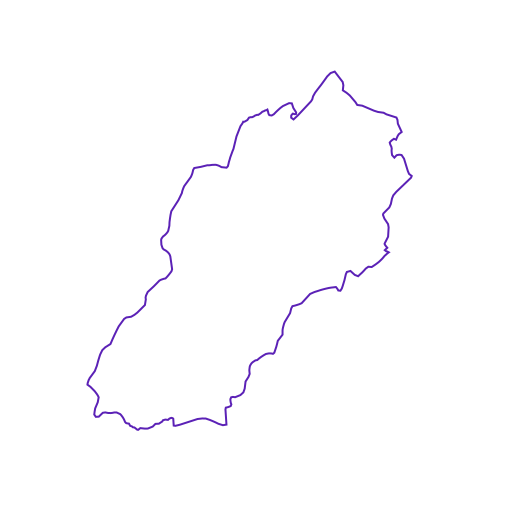 Dognecea, Caras-Severin, Romania, rotated 195°
{"feature_id": "2599482B59152503777278", "entity_name": "Dognecea", "entity_type": "district", "adm_level": 2, "iso_a3": "ROU", "parent_name": "Romania", "parent_adm1": "Caras-Severin", "projection": "albers", "projection_center": [21.734, 45.264], "detail": "fine", "context": "isolated", "style": "outline", "palette": "violet", "viewbox_px": 512, "rotation_deg": 195, "n_neighbors": 0, "source": "geoboundaries", "source_scale": "gbopen_adm2", "svg_char_len": 5104}
<svg xmlns="http://www.w3.org/2000/svg" viewBox="0 0 512 512"><g transform="rotate(195 256 256)"><path d="M301.8,382.8L302.5,382.4L303.1,382.4L303.4,380.7L304.6,377.4L305.8,366.4L305.5,353.6L305.8,351.3L306.0,349.1L306.2,346.8L306.4,344.5L306.4,342.3L306.5,340.0L306.4,337.7L306.4,335.4L307.3,333.7L312.4,332.9L313.9,333.3L315.4,333.6L316.9,333.7L318.4,333.7L321.9,332.7L323.0,332.2L324.2,331.7L325.4,331.3L326.6,331.0L329.5,329.4L332.4,327.8L335.4,326.4L338.4,325.0L339.0,322.8L338.9,320.9L338.9,319.1L339.1,317.2L339.4,315.4L343.4,305.0L343.7,303.2L343.9,301.3L344.0,299.4L343.9,297.6L345.4,289.8L349.4,277.3L349.2,273.6L348.8,270.0L348.3,266.3L347.5,262.7L347.3,257.7L347.5,256.7L347.8,255.8L348.2,254.9L348.6,254.1L349.1,253.2L349.6,252.4L350.2,251.6L350.8,250.9L351.8,248.4L351.8,247.0L350.3,242.4L348.3,239.4L347.0,238.5L345.8,238.2L344.6,237.9L343.4,237.4L342.3,236.9L341.2,236.2L340.4,235.6L339.7,234.9L339.1,234.1L338.6,233.3L333.6,221.5L333.7,219.3L334.6,217.1L335.5,215.0L336.5,212.9L337.6,210.9L339.0,210.2L340.4,209.3L341.7,208.4L342.9,207.3L344.9,203.7L346.9,200.2L349.1,196.7L351.3,193.2L352.0,189.2L351.9,187.3L351.2,185.6L350.6,179.9L356.0,170.6L358.2,167.7L360.9,165.0L365.3,163.1L367.1,161.1L370.4,152.5L371.4,147.7L372.3,142.9L373.1,138.1L373.8,133.3L377.9,128.9L380.1,125.3L381.0,120.6L381.1,119.3L381.2,116.7L381.3,114.1L381.3,111.4L381.3,108.8L381.9,103.1L385.1,94.9L385.1,94.6L385.5,93.0L385.6,91.4L385.7,89.7L385.5,88.1L382.1,86.8L376.7,83.6L375.3,82.5L373.9,81.4L372.6,80.2L371.4,78.8L371.0,73.7L371.9,67.2L371.6,63.8L371.2,61.0L369.1,59.2L366.3,60.1L363.4,64.9L361.1,65.9L358.0,66.1L356.9,66.4L355.7,66.7L354.6,67.1L353.5,67.6L352.4,68.2L350.2,68.8L346.2,68.1L345.2,67.5L344.3,66.8L343.4,66.1L342.5,65.3L341.7,64.5L340.9,63.6L340.2,62.7L339.5,61.8L338.2,61.0L337.1,61.0L335.3,61.2L334.9,60.8L333.6,59.4L331.7,59.3L330.7,58.7L329.0,58.9L325.8,57.5L324.8,57.6L323.2,59.8L318.7,60.5L315.9,61.3L311.6,64.5L309.7,67.8L306.4,68.9L304.8,70.7L303.7,71.9L303.4,73.2L301.3,74.5L300.8,74.6L298.6,74.9L297.5,76.6L296.0,77.7L295.4,77.8L294.9,77.8L294.3,77.7L293.8,77.4L291.6,70.9L289.9,71.1L285.9,73.3L270.3,83.4L266.0,85.1L262.5,86.0L261.2,85.9L258.1,85.7L255.0,85.3L251.9,84.8L248.9,84.2L244.2,84.0L240.9,85.5L245.8,99.9L245.9,101.7L244.8,102.3L243.7,102.9L242.6,103.7L241.6,104.5L241.4,106.3L242.2,107.4L242.8,108.6L243.3,109.8L243.7,111.1L243.4,113.1L241.9,113.9L239.6,114.2L235.1,117.6L232.9,121.0L232.6,124.9L233.6,132.1L232.0,137.1L231.6,140.5L232.3,142.3L232.9,144.0L233.2,145.9L233.4,147.7L233.3,148.8L233.0,149.8L232.7,150.9L232.2,151.8L231.7,152.6L229.6,155.0L227.9,155.8L226.4,158.0L224.8,160.0L223.0,162.0L221.1,163.9L220.3,164.3L219.5,164.7L218.7,165.1L217.9,165.4L217.0,165.6L216.1,165.8L215.2,165.9L214.3,165.9L213.3,167.3L213.1,170.4L212.9,173.5L212.9,176.6L213.0,179.7L210.0,186.9L211.1,191.0L211.3,192.2L211.4,194.1L211.4,195.9L211.4,197.7L211.2,199.6L208.3,209.6L208.4,214.5L207.8,217.0L205.7,218.1L203.6,219.4L201.6,220.7L199.7,222.2L193.9,233.4L192.6,234.4L191.4,235.4L190.1,236.4L188.7,237.3L187.1,238.3L185.3,239.5L183.5,240.6L181.6,241.7L179.6,242.8L177.5,243.9L175.3,244.9L173.0,245.8L170.8,246.7L169.9,246.1L169.1,245.5L168.3,244.8L167.6,244.0L165.5,244.3L164.7,246.8L164.5,249.5L164.4,252.6L164.3,255.6L164.4,258.7L164.5,261.7L164.1,264.1L160.9,266.0L155.7,263.3L152.1,262.9L150.7,265.2L149.2,267.5L147.9,269.9L146.7,272.3L144.7,274.7L141.4,275.3L139.0,278.0L137.9,279.3L136.9,280.6L135.9,281.9L135.0,283.3L134.1,284.8L133.3,286.2L132.6,287.7L131.9,289.2L131.8,289.5L131.2,290.3L130.0,292.2L129.7,292.6L129.5,292.9L128.7,293.9L130.3,294.3L131.2,294.3L131.5,294.3L132.2,294.6L133.1,295.0L131.3,297.9L133.0,299.1L134.0,299.9L134.9,300.9L135.0,301.3L133.9,306.4L133.4,308.8L135.3,318.0L136.7,321.0L141.7,325.4L144.0,328.6L144.0,330.0L139.8,337.4L139.2,341.1L139.5,346.7L139.1,350.1L137.1,354.3L126.5,371.8L126.3,373.6L129.4,374.9L131.3,377.3L138.2,388.3L141.5,391.2L142.9,391.1L144.1,390.8L145.2,390.3L146.3,389.7L147.8,386.8L150.6,388.6L151.3,390.1L151.9,391.6L152.4,393.2L152.7,394.9L153.7,396.8L154.4,397.5L155.1,398.4L155.7,399.3L156.2,400.2L155.6,401.5L154.9,402.7L154.0,403.8L153.1,404.9L150.8,404.6L150.6,406.1L150.4,407.6L150.1,409.1L149.6,410.6L147.4,413.5L153.2,420.5L154.6,424.1L156.2,426.1L166.7,426.6L169.8,427.4L175.5,426.7L179.7,426.9L192.3,428.7L197.3,428.1L199.8,430.4L206.9,435.3L208.8,436.2L210.8,437.1L212.9,437.8L215.0,438.5L215.8,443.5L217.3,446.5L227.7,454.5L231.3,452.0L233.7,447.9L235.5,443.1L237.3,438.4L239.3,433.7L241.2,429.0L242.2,425.0L242.2,421.8L242.9,419.6L252.0,402.6L255.1,397.6L257.8,398.7L258.3,400.5L258.2,401.2L257.9,401.9L257.6,402.5L257.2,403.1L256.4,403.0L255.6,403.0L254.8,403.2L254.1,403.6L254.4,405.1L258.2,408.6L260.9,412.7L263.6,412.2L268.8,407.8L270.7,405.4L272.4,402.8L274.0,400.2L275.5,397.5L277.2,395.8L279.6,395.5L280.8,396.7L281.7,398.5L282.3,399.5L282.9,400.4L283.8,399.4L284.7,399.1L285.8,398.0L287.2,397.0L288.5,395.0L289.7,393.6L290.5,392.8L291.4,392.7L293.3,391.4L294.4,390.1L295.8,389.0L297.3,388.6L298.6,387.8L299.0,386.6L299.5,385.1L301.8,382.8Z" fill="none" stroke="#5b21b6" stroke-width="2"/></g></svg>